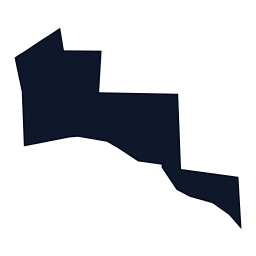 the district of Islaz, Teleorman, Romania
{"feature_id": "2599482B71059292210776", "entity_name": "Islaz", "entity_type": "district", "adm_level": 2, "iso_a3": "ROU", "parent_name": "Romania", "parent_adm1": "Teleorman", "projection": "robinson", "projection_center": [24.796, 43.749], "detail": "fine", "context": "isolated", "style": "filled", "palette": "ink", "viewbox_px": 256, "rotation_deg": 0, "n_neighbors": 0, "source": "geoboundaries", "source_scale": "gbopen_adm2", "svg_char_len": 491}
<svg xmlns="http://www.w3.org/2000/svg" viewBox="0 0 256 256"><path d="M15.4,57.9L16.9,65.2L18.4,72.3L22.5,91.5L24.6,145.5L69.4,136.7L78.1,136.0L107.0,141.0L117.9,147.2L138.4,160.7L162.4,164.0L162.3,167.1L177.1,189.3L190.1,196.1L212.8,202.5L229.3,214.1L240.6,227.0L237.7,177.5L180.3,169.7L177.4,94.5L98.3,93.0L98.9,83.2L100.8,51.4L63.3,51.1L62.2,44.8L59.6,29.0L51.8,34.2L43.8,39.3L35.8,44.6L27.3,50.3L22.1,53.7L20.4,54.6L15.4,57.9Z" fill="#0f172a" stroke="#020617" stroke-width="1.5"/></svg>